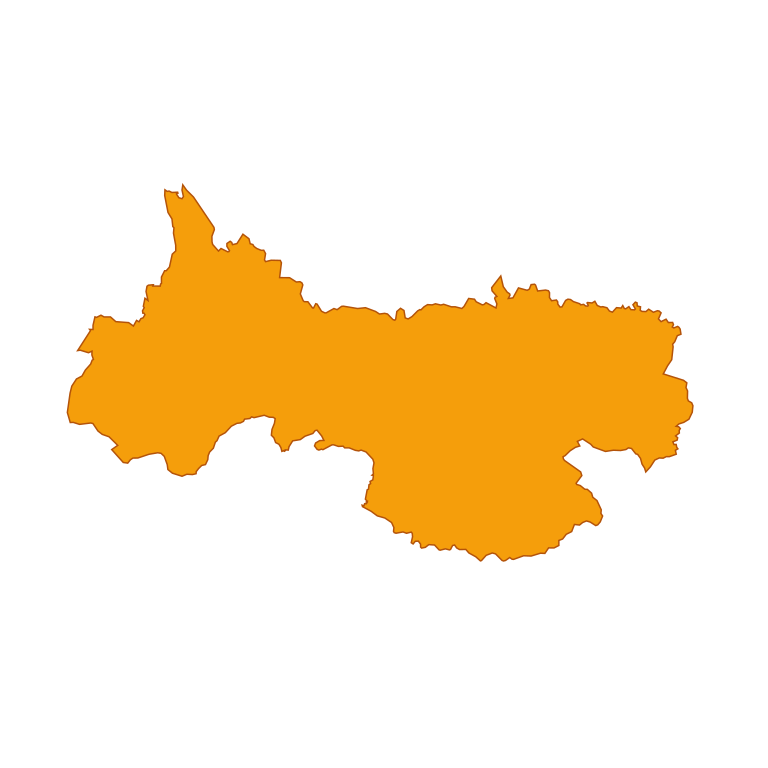 the district of Calnali, Hidalgo, Mexico, rotated 201°
{"feature_id": "50627088B12242639821248", "entity_name": "Calnali", "entity_type": "district", "adm_level": 2, "iso_a3": "MEX", "parent_name": "Mexico", "parent_adm1": "Hidalgo", "projection": "albers", "projection_center": [-98.548, 20.904], "detail": "fine", "context": "isolated", "style": "filled", "palette": "amber", "viewbox_px": 768, "rotation_deg": 201, "n_neighbors": 0, "source": "geoboundaries", "source_scale": "gbopen_adm2", "svg_char_len": 6144}
<svg xmlns="http://www.w3.org/2000/svg" viewBox="0 0 768 768"><g transform="rotate(201 384 384)"><path d="M643.2,497.8L642.1,492.7L638.4,487.1L639.0,484.6L642.3,484.4L645.8,487.0L646.0,487.7L644.8,488.3L645.4,489.1L650.7,486.8L653.8,487.1L655.5,486.1L658.1,486.8L656.3,481.4L647.1,466.7L641.1,462.1L637.6,455.3L636.1,454.6L634.6,449.4L628.2,438.9L626.1,433.6L628.2,429.3L626.2,416.3L627.9,411.7L629.4,411.1L630.1,404.1L627.8,398.2L628.4,397.3L628.0,395.2L634.9,392.6L634.9,394.0L635.4,393.8L639.4,391.8L640.3,390.3L639.3,385.1L634.3,377.4L637.9,378.4L636.5,370.2L635.2,369.4L635.7,365.8L634.5,363.7L633.5,364.1L632.0,363.0L632.6,359.5L634.4,357.9L635.0,354.3L637.8,354.7L638.7,348.3L644.4,349.8L656.7,346.1L663.4,348.6L669.4,346.3L672.9,346.8L676.2,343.2L677.9,343.1L676.7,334.6L675.2,330.6L678.4,329.5L677.3,328.9L677.3,327.8L682.0,305.4L679.7,306.7L671.1,307.3L668.4,310.0L667.1,306.4L664.1,302.8L665.0,301.6L665.0,297.5L667.8,290.0L668.8,283.2L672.9,278.5L674.7,270.1L673.8,263.0L669.4,243.9L663.1,235.6L660.4,236.8L653.8,237.2L643.8,242.5L641.6,242.8L634.2,237.6L629.0,236.0L621.8,236.2L610.6,231.3L614.7,225.2L599.3,217.3L594.9,218.3L593.6,222.4L591.8,224.9L587.3,226.7L578.2,234.2L570.6,238.7L567.3,239.4L563.2,237.7L557.5,231.1L555.1,226.7L549.6,224.9L539.5,225.5L535.7,229.1L530.4,230.8L527.3,232.9L527.9,234.9L526.8,238.6L525.0,242.6L521.8,244.8L521.4,250.2L522.5,254.1L522.4,258.0L520.3,262.9L520.6,269.3L519.6,271.2L519.3,276.3L514.7,281.7L511.4,289.9L507.2,294.6L504.1,296.2L501.8,298.8L501.6,301.2L496.9,303.7L495.8,305.9L493.3,306.0L484.6,311.9L479.3,311.9L475.4,313.2L473.2,312.7L472.2,308.0L472.3,301.5L470.8,295.8L467.5,294.3L464.2,290.5L460.5,290.1L457.5,287.7L455.2,284.5L453.5,286.1L453.6,285.5L452.8,285.5L451.8,287.4L449.7,288.0L450.2,291.5L448.9,298.2L442.2,302.1L439.0,307.0L432.7,312.3L431.6,315.8L430.0,316.9L423.5,313.1L419.9,309.8L423.8,308.1L426.7,304.4L426.7,301.3L423.0,299.0L421.1,299.0L419.0,300.8L417.5,300.8L410.7,308.6L409.1,309.2L404.2,309.4L399.9,311.3L397.8,310.3L393.6,311.9L387.0,311.8L383.6,312.5L381.7,314.1L376.4,314.1L367.5,309.8L365.1,306.8L364.0,301.0L361.7,296.4L362.5,294.6L361.2,294.9L360.7,293.3L360.1,290.5L362.1,288.0L360.8,286.2L361.9,284.6L360.8,280.2L361.8,279.2L360.1,269.8L358.4,268.9L358.3,267.8L357.4,268.5L357.2,267.8L357.6,265.9L359.2,265.3L359.1,263.2L361.0,263.0L360.1,261.8L350.6,260.6L343.0,258.5L335.2,259.2L327.3,257.4L323.3,253.5L322.3,249.8L321.2,248.9L319.3,249.0L313.2,252.7L309.5,252.7L305.5,255.5L304.1,254.7L302.6,251.6L301.7,245.6L299.5,245.1L298.4,248.4L295.6,249.6L292.5,247.6L291.4,244.9L290.1,244.3L286.9,246.3L284.6,250.1L279.1,251.8L273.2,248.9L272.0,249.0L267.6,252.1L263.4,252.6L262.6,253.4L262.1,257.8L260.4,259.0L257.4,257.0L254.2,256.5L248.3,258.9L244.3,256.7L236.4,255.6L230.6,253.4L229.7,254.1L227.2,260.7L222.4,265.0L219.0,265.4L210.6,261.6L209.0,261.6L207.3,262.8L204.4,267.1L201.7,266.3L200.2,266.7L192.1,273.7L185.0,276.1L177.3,282.1L173.1,283.5L171.6,290.0L166.5,291.9L162.9,295.9L164.7,300.6L161.7,303.3L160.0,309.0L155.9,313.5L155.9,321.1L150.9,322.4L148.9,325.9L145.9,328.7L142.0,329.0L135.6,327.7L134.0,329.1L132.7,332.8L132.6,339.1L135.1,340.9L136.1,344.4L143.4,351.5L148.5,353.1L151.1,356.5L156.4,358.5L158.8,357.7L164.3,359.5L168.1,359.3L169.1,360.2L166.5,369.4L168.9,372.4L188.1,377.3L189.6,378.3L190.8,380.2L189.2,382.1L186.3,388.4L182.6,393.5L179.0,396.3L182.9,399.7L178.9,403.9L169.5,401.9L166.1,400.2L153.1,400.4L146.1,404.4L139.3,406.7L134.7,409.5L132.9,412.0L129.8,412.5L123.9,409.0L122.0,409.2L117.9,406.5L114.4,401.7L110.6,398.9L108.1,395.7L105.6,402.1L103.9,410.1L100.5,413.6L96.8,414.8L94.4,417.4L91.6,418.4L86.0,423.2L88.2,426.5L86.4,428.8L88.0,429.8L89.6,432.3L91.6,431.4L93.6,433.5L90.2,436.7L90.6,439.1L93.2,440.0L90.7,444.1L91.8,446.4L91.4,448.6L93.6,449.7L96.1,449.2L94.4,452.4L90.4,455.6L86.7,460.4L86.1,468.1L87.8,474.4L90.0,476.7L93.8,477.3L95.6,479.3L98.1,486.3L100.8,488.9L101.7,493.6L105.7,494.8L126.9,493.5L125.8,502.5L124.1,509.8L127.4,522.3L128.8,524.6L127.7,527.7L127.5,534.2L124.6,536.9L127.2,541.4L128.9,542.6L130.5,543.0L133.5,540.2L135.3,540.5L135.0,543.1L136.6,544.9L140.6,543.3L143.9,545.6L147.7,541.5L151.1,543.1L150.8,549.7L153.3,550.7L155.0,550.4L158.2,547.5L163.7,548.7L165.4,545.5L169.2,544.2L171.2,544.6L172.2,548.0L175.5,547.6L176.9,550.5L178.7,550.5L180.0,547.2L176.2,544.1L176.7,543.0L180.2,541.9L183.1,544.0L185.3,540.8L186.7,540.6L189.2,542.8L189.8,539.9L194.3,538.6L196.5,532.9L199.7,532.9L203.2,535.1L207.5,534.6L209.2,533.6L213.0,533.7L216.8,536.8L218.8,534.2L223.2,533.0L223.5,532.4L221.5,530.7L221.7,529.7L223.9,529.1L226.1,529.9L228.8,528.4L230.0,529.1L236.7,528.8L240.1,529.7L242.7,529.1L244.4,527.1L245.5,519.8L247.2,518.9L250.3,520.8L251.3,523.0L253.1,524.2L257.4,521.8L260.5,524.0L262.2,528.6L263.9,530.0L266.8,529.6L273.9,525.9L278.0,530.7L279.2,531.1L282.3,529.5L282.3,524.7L283.9,522.8L292.9,521.9L294.5,510.6L298.6,508.4L298.2,512.1L299.0,513.2L301.9,513.9L307.5,517.6L313.7,526.7L318.0,512.5L316.5,509.7L310.0,506.2L311.4,504.8L311.3,503.5L307.3,499.2L306.7,495.1L317.9,496.5L319.1,494.1L320.6,493.1L327.4,493.8L329.9,495.6L335.6,494.2L337.1,485.0L338.4,482.4L345.2,481.6L348.7,480.2L356.9,479.8L359.2,478.1L364.7,477.3L367.4,475.1L371.8,473.7L374.3,470.4L376.1,466.4L377.2,466.3L378.8,464.3L382.0,457.0L384.8,453.4L387.9,453.3L391.7,459.8L395.7,460.6L398.0,456.3L396.3,448.7L396.8,447.4L398.9,447.4L405.8,450.6L408.7,450.2L413.3,447.7L417.9,448.7L428.6,448.6L435.7,445.0L449.8,442.1L451.4,441.3L454.4,436.6L457.8,436.5L463.5,429.7L464.7,429.2L468.4,429.5L475.1,434.6L476.5,434.5L477.0,429.7L478.0,429.4L484.5,433.5L488.0,432.3L489.3,432.8L494.4,438.1L495.3,447.4L496.9,449.0L499.1,449.4L502.4,447.8L510.2,449.4L519.6,445.9L523.2,460.4L525.1,462.2L533.7,459.1L538.4,455.8L540.0,457.0L541.3,463.3L544.2,465.8L546.5,464.8L551.3,464.9L554.6,465.8L556.4,467.2L559.2,467.0L562.1,471.2L569.4,473.3L571.6,462.4L575.4,459.8L576.9,461.6L578.8,462.1L581.0,458.9L580.0,456.2L576.0,453.1L576.2,452.1L577.2,451.4L584.7,452.1L586.2,448.8L594.0,452.9L595.5,455.1L597.6,460.2L597.7,467.3L598.9,469.3L628.9,490.3L637.8,494.2L643.2,497.8Z" fill="#f59e0b" stroke="#b45309" stroke-width="1.5"/></g></svg>